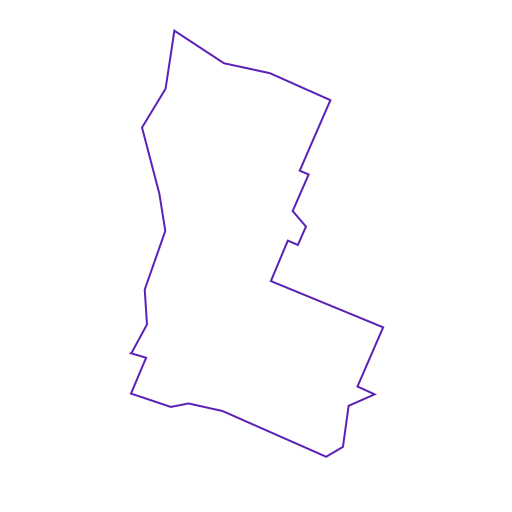 Clay, Georgia, United States of America, rotated 23°
{"feature_id": "52423323B17286883599255", "entity_name": "Clay", "entity_type": "district", "adm_level": 2, "iso_a3": "USA", "parent_name": "United States of America", "parent_adm1": "Georgia", "projection": "natural_earth1", "projection_center": [-84.978, 31.633], "detail": "fine", "context": "isolated", "style": "outline", "palette": "violet", "viewbox_px": 512, "rotation_deg": 23, "n_neighbors": 0, "source": "geoboundaries", "source_scale": "gbopen_adm2", "svg_char_len": 542}
<svg xmlns="http://www.w3.org/2000/svg" viewBox="0 0 512 512"><g transform="rotate(23 256 256)"><path d="M263.6,83.5L197.4,82.3L151.2,91.1L92.8,80.5L97.9,100.2L107.4,137.4L100.9,182.3L142.6,236.3L162.7,268.3L166.7,330.4L182.4,361.6L179.4,393.1L178.8,394.4L194.6,392.6L194.7,431.5L236.6,428.2L251.5,418.1L285.8,411.8L399.0,413.4L410.6,397.7L399.8,357.7L419.2,337.0L400.4,336.5L400.9,272.0L279.5,273.3L279.3,229.4L290.2,229.5L290.5,209.4L272.2,200.3L272.6,160.4L262.9,160.4L263.6,83.5Z" fill="none" stroke="#5b21b6" stroke-width="2"/></g></svg>